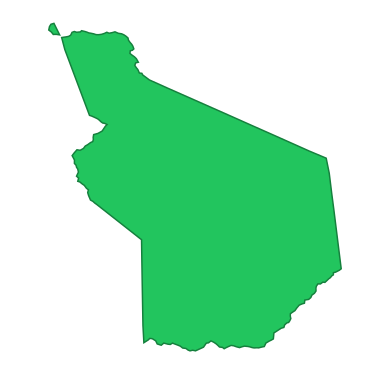 Timbiras, Maranhão, Brazil, rotated 94°
{"feature_id": "56859067B24703899222248", "entity_name": "Timbiras", "entity_type": "district", "adm_level": 2, "iso_a3": "BRA", "parent_name": "Brazil", "parent_adm1": "Maranhão", "projection": "orthographic", "projection_center": [-43.817, -4.17], "detail": "fine", "context": "isolated", "style": "filled", "palette": "green", "viewbox_px": 384, "rotation_deg": 94, "n_neighbors": 0, "source": "geoboundaries", "source_scale": "gbopen_adm2", "svg_char_len": 2598}
<svg xmlns="http://www.w3.org/2000/svg" viewBox="0 0 384 384"><g transform="rotate(94 192 192)"><path d="M258.2,37.8L235.8,42.2L198.6,49.5L183.3,52.6L163.7,56.4L148.9,60.5L147.9,63.4L143.0,77.8L138.1,91.2L128.9,116.4L122.1,135.2L114.3,156.6L89.9,224.1L83.2,242.3L80.6,246.3L78.7,249.3L77.1,250.3L77.0,252.8L73.6,254.6L71.8,256.3L69.7,257.9L67.1,257.2L66.3,254.6L62.9,256.8L61.2,258.8L59.6,261.4L58.1,263.6L55.4,263.4L54.8,261.4L53.3,260.0L50.6,261.2L48.9,262.4L46.9,264.4L44.9,266.0L42.8,266.6L41.2,268.7L40.0,270.8L39.1,273.2L38.8,276.6L37.6,280.0L38.6,282.8L39.4,285.8L38.6,288.1L39.9,290.4L41.0,293.2L41.6,296.2L41.7,298.7L41.1,301.0L40.7,303.8L40.5,306.0L39.9,307.8L39.4,309.8L38.8,313.4L40.1,314.6L40.7,318.3L40.1,320.6L41.1,322.8L44.1,324.0L45.4,326.0L46.1,328.7L47.0,332.8L58.8,328.8L122.7,299.6L123.2,297.5L124.6,293.7L125.6,291.2L126.7,289.6L128.3,287.7L129.4,285.9L129.6,284.0L130.6,281.4L132.6,283.1L135.6,284.8L137.5,285.9L140.1,289.9L141.6,294.1L144.4,294.4L146.5,294.1L148.6,294.5L149.8,296.7L152.0,299.3L153.6,301.7L156.1,303.3L158.2,306.5L157.9,309.7L161.3,312.3L164.1,314.1L166.3,312.7L168.3,311.5L171.7,311.3L173.4,309.5L175.4,308.9L177.0,307.6L180.1,306.7L184.3,308.3L186.0,306.1L189.3,306.7L189.8,304.6L191.4,302.4L192.9,299.9L195.7,297.5L197.0,295.5L199.9,296.0L202.8,294.9L207.1,292.7L208.3,290.1L209.7,288.4L211.0,286.3L241.7,241.1L243.1,239.0L251.4,238.3L288.8,235.1L328.8,231.6L345.7,229.5L342.6,225.3L341.0,223.9L341.1,221.4L343.0,217.8L346.0,216.1L347.0,212.0L344.7,209.6L345.5,205.3L345.6,203.0L344.1,200.9L344.8,198.7L345.7,195.6L346.6,192.9L348.3,190.4L348.5,187.1L349.9,185.0L350.6,182.9L349.8,180.3L350.2,177.4L346.0,169.7L341.8,167.2L341.3,165.0L339.2,162.7L340.3,159.9L341.8,157.3L343.2,155.5L344.7,153.8L344.9,150.7L346.1,149.0L345.0,147.3L343.7,145.0L342.3,142.3L342.5,139.7L343.3,136.9L343.9,133.7L342.9,131.3L342.1,128.9L342.2,125.3L342.5,123.2L343.0,121.2L343.2,119.2L342.9,116.7L342.8,114.5L341.9,111.9L341.1,109.1L337.5,107.7L335.3,104.5L334.3,102.7L332.9,100.6L329.7,100.5L326.9,100.5L325.2,98.2L321.7,93.6L320.7,90.9L318.1,90.3L316.0,88.3L315.4,86.5L313.7,85.5L311.4,84.6L308.9,85.3L306.6,85.4L305.1,83.6L303.1,81.0L300.4,79.4L297.4,77.2L296.0,74.5L295.1,72.1L291.9,71.9L291.0,68.1L289.0,66.1L286.5,65.2L284.5,62.8L282.1,61.4L279.0,61.7L277.2,61.3L274.9,60.0L274.7,57.4L272.8,55.2L272.9,53.1L271.1,51.4L269.1,49.6L267.8,48.0L265.9,46.7L264.8,45.2L262.6,45.3L261.9,43.1L259.8,39.6L258.2,37.8ZM44.5,335.0L33.4,341.5L34.5,344.4L36.9,345.7L40.4,346.2L42.3,343.4L44.5,341.4L44.2,338.4L44.5,335.0Z" fill="#22c55e" stroke="#15803d" stroke-width="1.5"/></g></svg>